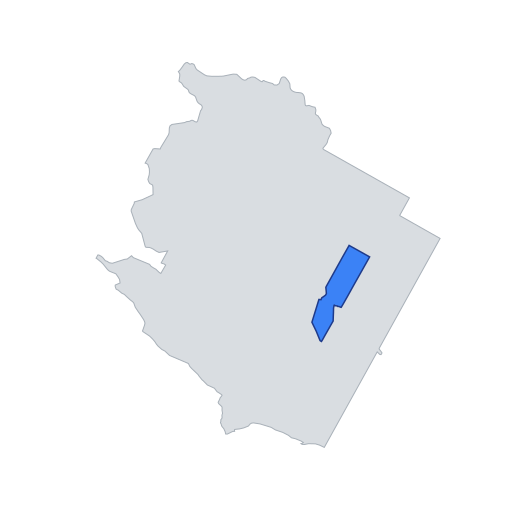 Dongola, Northern, Sudan shown in context, rotated 119°
{"feature_id": "16777658B3318260280309", "entity_name": "Dongola", "entity_type": "district", "adm_level": 2, "iso_a3": "SDN", "parent_name": "Sudan", "parent_adm1": "Northern", "projection": "robinson", "projection_center": [30.297, 19.219], "detail": "fine", "context": "in_parent", "style": "filled", "palette": "blue", "viewbox_px": 512, "rotation_deg": 119, "n_neighbors": 0, "source": "geoboundaries", "source_scale": "gbopen_adm2", "svg_char_len": 4781}
<svg xmlns="http://www.w3.org/2000/svg" viewBox="0 0 512 512"><g transform="rotate(119 256 256)"><path d="M335.5,394.8L331.7,394.8L331.3,393.8L331.3,391.0L331.8,388.9L333.2,385.5L332.8,383.7L333.0,381.0L332.0,378.1L322.8,369.5L321.0,367.1L316.1,365.0L316.9,362.5L314.9,345.0L315.9,342.9L316.1,339.9L316.1,337.2L317.3,332.7L317.4,330.8L307.7,330.6L307.5,332.6L308.0,334.7L308.0,335.6L294.4,335.7L299.9,342.5L300.1,345.6L299.8,349.3L299.9,351.7L300.2,353.3L301.7,356.4L301.6,357.0L301.2,357.7L291.6,366.9L290.0,371.2L288.8,373.4L286.0,377.2L277.2,387.0L275.8,387.6L269.1,388.0L268.4,388.2L267.9,388.6L267.6,388.5L261.9,382.8L252.2,375.8L245.8,379.5L244.1,380.8L244.1,384.1L243.1,385.8L241.4,387.7L236.7,388.8L234.2,389.9L231.3,391.7L228.4,394.9L228.2,396.5L228.5,398.0L212.3,397.9L211.2,396.7L208.8,391.6L207.2,391.9L192.3,391.3L190.2,391.8L186.0,393.9L183.8,394.3L181.7,393.3L173.9,383.1L172.2,381.9L170.4,379.4L168.8,378.4L168.2,377.6L168.0,376.5L168.1,374.3L167.6,372.8L166.3,372.5L155.8,374.9L154.3,374.6L152.1,375.0L151.4,375.5L150.5,376.8L150.3,379.6L150.0,381.0L149.2,382.6L146.2,386.0L145.6,387.5L145.7,391.4L145.5,393.3L145.0,394.2L143.7,395.6L143.3,396.5L142.7,401.4L141.1,404.3L140.7,405.4L140.6,407.5L140.3,408.2L135.6,409.9L133.8,410.9L132.7,412.6L132.4,413.3L130.4,412.7L127.8,412.3L122.9,411.8L120.9,411.0L120.0,409.8L120.3,406.9L119.8,406.2L119.0,405.7L118.5,404.4L118.6,402.9L121.2,399.4L121.8,397.6L122.5,389.0L122.3,386.4L120.2,381.6L115.5,373.3L114.4,371.7L108.5,364.8L107.8,363.8L106.4,360.9L108.0,354.6L108.1,352.8L107.7,351.0L106.3,349.7L104.9,349.5L103.2,347.8L102.0,347.1L101.0,345.6L100.3,343.5L100.9,336.0L100.5,335.0L99.0,334.8L98.7,334.2L98.8,332.8L98.0,328.6L97.1,325.1L97.6,323.1L96.3,320.5L93.9,319.3L89.2,320.2L87.7,320.1L86.7,319.6L86.0,318.6L85.6,317.4L86.0,315.7L87.3,312.5L89.0,309.9L92.5,307.6L93.4,306.3L93.9,304.9L94.0,303.3L93.8,301.6L93.4,300.1L92.4,298.0L91.5,295.6L91.5,294.0L92.0,292.8L92.9,291.4L96.3,288.7L99.8,286.4L100.4,285.6L100.2,284.6L98.6,282.7L98.1,279.1L97.3,276.5L99.0,274.6L100.3,273.9L102.4,273.3L103.2,272.5L103.4,271.0L103.4,269.5L104.1,268.4L105.1,266.1L105.9,265.1L108.6,262.3L109.2,260.6L109.4,258.9L108.7,253.7L110.2,251.5L112.2,249.8L115.0,249.9L119.4,249.5L122.3,248.7L124.5,248.8L129.3,249.7L129.8,249.3L130.1,248.0L130.8,150.0L150.7,150.0L151.0,149.8L151.4,103.5L276.6,103.5L277.6,103.3L279.5,99.0L280.4,98.7L281.7,98.9L282.1,100.0L281.1,103.5L390.3,103.5L390.6,108.8L391.5,113.0L394.7,119.1L397.4,122.3L398.3,124.1L398.4,125.0L398.3,125.7L397.5,124.8L396.1,124.2L396.0,127.1L396.7,132.9L397.8,136.9L397.1,140.7L397.3,147.1L398.7,154.7L398.5,159.6L400.9,171.0L403.2,177.3L404.4,178.9L405.8,179.7L408.4,180.2L412.3,183.4L415.4,186.8L416.6,188.6L418.1,190.6L419.1,190.2L419.7,189.7L420.7,191.3L425.6,194.7L426.4,196.2L424.6,197.8L422.6,200.5L421.7,202.9L421.2,203.7L419.6,205.3L419.3,206.0L418.6,206.5L417.8,206.5L416.2,207.4L414.7,207.1L413.2,207.6L412.6,208.2L411.4,208.7L409.8,209.0L407.3,211.0L405.1,212.1L404.3,212.9L403.2,217.1L402.3,218.2L399.1,218.3L397.5,218.6L395.3,218.2L394.2,218.2L393.9,219.1L393.6,222.7L393.6,224.2L391.8,228.3L392.4,236.0L390.7,241.7L390.5,243.0L388.7,247.5L387.8,249.2L385.6,257.7L384.7,260.3L382.8,263.0L384.9,283.4L383.3,289.6L383.4,293.0L382.3,298.0L381.4,300.3L379.9,303.1L378.7,306.3L377.6,310.4L377.0,318.2L376.6,318.9L370.8,319.9L368.9,320.4L367.7,321.3L366.2,323.3L363.3,328.8L361.7,332.2L359.3,336.8L356.4,340.1L355.8,341.7L355.4,344.6L354.3,349.3L353.4,352.6L353.6,355.3L352.7,359.9L352.8,362.2L351.8,363.5L350.5,364.7L349.6,365.0L345.5,361.8L342.6,364.0L340.9,367.0L339.5,370.0L340.3,376.4L340.2,377.9L339.8,379.4L337.2,385.7L336.4,388.6L335.5,393.6L335.5,394.8Z" fill="#d9dde1" stroke="#a8b0b8" stroke-width="1"/><path d="M299.0,157.3L298.3,157.3L297.2,157.2L292.3,157.2L281.9,157.1L281.0,157.1L275.5,157.0L270.8,159.4L267.8,160.9L264.0,162.9L263.7,163.0L263.2,163.2L262.8,163.3L262.7,163.3L262.4,163.4L262.2,163.5L261.9,163.6L261.7,163.5L261.3,163.8L261.1,163.8L261.0,163.6L261.1,163.3L261.0,162.8L261.0,162.6L260.9,162.3L260.8,162.0L260.8,161.9L260.7,161.6L260.4,161.1L260.3,160.8L260.4,160.5L260.5,160.1L260.2,159.5L260.0,159.1L259.9,158.6L259.9,158.2L259.8,157.9L259.8,157.5L259.7,157.2L259.7,156.8L259.6,156.6L256.0,156.5L247.8,156.4L236.8,156.4L235.1,156.4L204.4,156.2L203.1,156.2L201.9,156.2L201.7,156.2L201.7,156.3L201.6,179.7L201.8,179.7L202.5,179.7L215.3,179.8L227.0,179.8L236.4,179.8L242.5,179.8L245.7,179.8L248.7,179.8L249.6,179.7L252.2,177.9L254.8,176.2L256.5,176.2L258.7,177.2L260.6,178.2L262.7,178.0L262.8,178.3L262.9,178.6L263.0,178.7L263.0,178.8L263.2,179.3L263.5,179.9L286.8,175.0L288.8,172.2L291.5,168.4L292.7,166.7L298.1,160.0L298.9,159.0L299.0,158.4L299.0,158.2L299.0,157.3L299.0,157.3Z" fill="#3b82f6" stroke="#1e3a8a" stroke-width="1.5"/></g></svg>